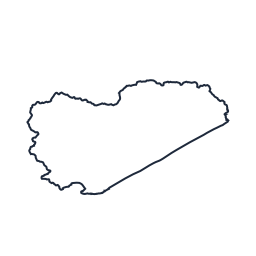 the district of Thai Mueang, Phangnga, Thailand, rotated 253°
{"feature_id": "78962969B58912985430788", "entity_name": "Thai Mueang", "entity_type": "district", "adm_level": 2, "iso_a3": "THA", "parent_name": "Thailand", "parent_adm1": "Phangnga", "projection": "natural_earth1", "projection_center": [98.313, 8.477], "detail": "fine", "context": "isolated", "style": "outline", "palette": "slate", "viewbox_px": 256, "rotation_deg": 253, "n_neighbors": 0, "source": "geoboundaries", "source_scale": "gbopen_adm2", "svg_char_len": 5731}
<svg xmlns="http://www.w3.org/2000/svg" viewBox="0 0 256 256"><g transform="rotate(253 128 128)"><path d="M133.7,27.0L131.4,27.5L131.4,28.1L130.4,30.2L129.9,30.7L128.8,31.3L128.3,31.5L126.6,31.1L123.4,31.5L123.1,31.8L122.7,32.7L122.3,33.3L121.6,33.9L121.3,34.6L121.1,35.2L120.8,35.6L120.1,36.6L119.5,36.8L116.9,37.1L115.1,38.4L114.6,38.6L112.7,38.4L112.1,38.5L111.0,39.4L110.3,40.8L109.9,41.2L109.5,41.2L109.1,40.9L108.7,40.2L108.5,39.1L108.2,38.6L107.5,37.9L107.5,37.5L107.7,37.0L107.4,35.2L107.6,34.5L107.5,34.2L106.9,33.5L107.0,31.7L106.7,31.3L106.1,30.9L105.2,30.7L104.6,30.8L104.5,31.0L104.3,31.9L103.3,34.6L102.6,35.2L102.2,37.0L102.0,37.4L101.3,37.5L99.9,37.2L99.5,37.3L98.7,37.9L97.6,38.9L97.7,40.0L97.4,40.4L96.6,40.9L96.0,41.0L95.4,41.6L94.3,42.2L94.0,43.1L94.2,43.8L94.0,44.2L93.6,44.4L92.9,44.8L92.3,44.8L92.0,45.1L90.4,44.9L89.5,45.2L88.7,45.7L88.5,46.0L88.4,46.5L88.6,47.9L89.4,48.0L89.7,49.1L89.7,51.6L89.5,52.9L89.2,54.0L89.4,54.5L89.9,54.8L90.1,55.2L90.4,57.3L91.2,57.5L91.4,57.6L91.6,58.2L91.5,59.2L90.7,62.9L89.7,65.5L88.0,67.2L86.8,67.8L82.4,69.3L80.9,66.4L81.0,66.3L81.1,65.9L80.9,64.7L80.6,64.5L79.7,64.3L78.9,65.0L78.1,66.1L77.5,67.5L77.3,70.1L76.8,70.8L76.3,72.2L76.3,72.8L75.8,73.2L76.0,73.6L75.9,73.9L75.6,74.1L75.7,74.4L75.3,74.8L74.5,76.9L74.5,77.5L74.2,78.2L74.3,79.0L74.2,79.1L74.0,79.8L74.1,80.3L73.9,81.2L73.7,81.6L73.5,83.6L73.6,83.8L73.4,84.1L73.4,84.6L73.7,84.9L73.7,85.3L73.9,85.6L74.1,86.5L74.5,86.8L74.2,86.9L74.2,87.3L74.7,88.3L74.9,89.5L75.4,90.9L75.3,91.1L75.5,91.3L75.4,91.5L75.4,92.0L75.8,92.0L76.0,92.2L76.0,92.4L76.3,92.6L76.7,94.3L80.6,110.7L82.3,119.5L83.3,127.2L86.0,137.6L86.9,142.0L87.3,144.5L87.6,148.4L87.8,149.6L88.5,152.5L91.4,162.3L92.8,167.9L96.3,183.1L99.3,198.3L100.3,202.3L101.8,209.9L102.3,213.4L103.0,217.5L103.1,219.4L103.7,221.0L104.9,225.2L105.1,225.4L105.5,225.4L105.9,226.1L106.2,225.9L106.7,225.3L106.8,224.9L106.9,225.0L106.9,225.4L107.1,225.5L107.2,225.4L107.1,225.1L107.4,224.8L107.6,225.1L108.4,224.6L108.9,224.7L109.5,224.5L110.3,224.9L111.0,224.8L111.2,225.0L111.7,225.0L112.3,224.6L112.5,224.7L112.5,224.8L112.7,224.5L113.0,224.4L113.1,224.5L113.1,225.2L113.6,225.6L113.6,225.9L113.8,226.4L113.9,227.7L114.2,227.8L114.6,228.5L115.0,228.7L116.0,228.7L116.3,228.2L116.5,228.2L116.9,228.5L117.4,228.4L117.9,228.8L120.7,229.1L121.3,228.8L122.2,227.7L122.7,227.4L123.6,227.4L124.5,227.9L126.2,226.8L126.8,226.2L126.9,225.5L126.7,224.4L127.2,223.6L128.1,223.2L128.6,222.7L129.3,222.4L130.4,222.3L130.8,221.8L131.3,221.4L132.0,220.7L132.5,220.2L133.5,219.7L134.3,219.6L135.5,218.6L136.7,218.1L137.9,217.8L139.3,216.7L139.6,216.8L140.5,217.7L141.6,218.2L142.3,217.9L143.9,217.9L144.9,217.3L145.8,216.5L145.9,214.5L146.8,213.7L146.9,213.1L146.5,211.8L146.5,211.2L147.1,210.1L147.2,209.6L146.5,208.7L145.9,207.6L146.6,206.7L147.2,206.2L148.2,206.7L149.5,207.0L150.6,206.8L151.3,206.5L151.6,206.2L152.2,205.5L152.4,205.1L152.6,202.1L154.1,199.4L154.3,198.3L155.0,197.7L155.2,197.3L155.1,194.2L153.8,192.4L153.7,191.3L154.0,190.9L155.3,190.8L156.0,190.4L157.4,188.3L157.8,187.6L157.8,186.6L158.3,185.6L158.8,183.9L159.3,182.6L159.8,182.0L159.6,180.5L159.8,180.2L160.4,180.0L160.7,179.3L160.6,178.0L160.8,176.7L160.7,175.6L160.2,175.1L158.7,174.5L158.5,174.0L158.6,173.4L158.9,172.7L159.2,172.4L160.8,171.8L161.6,171.0L161.7,170.7L161.7,169.9L162.5,168.4L164.1,168.0L164.9,167.2L165.8,166.5L166.2,165.9L167.0,163.9L167.3,162.7L167.4,161.3L167.9,160.0L167.9,159.6L167.4,158.9L167.4,157.9L168.0,156.2L168.2,154.6L168.5,154.1L169.0,153.7L169.1,153.4L169.3,151.4L169.1,150.0L168.4,149.6L166.9,148.3L167.3,147.5L167.5,146.1L167.6,144.2L167.4,143.1L168.1,142.1L168.3,141.6L168.4,140.1L168.7,139.0L168.0,138.4L168.0,137.7L167.4,136.9L167.0,135.5L165.9,134.1L165.7,132.6L165.4,131.5L164.1,129.6L163.8,129.8L163.5,129.9L163.0,129.8L162.0,129.5L159.8,129.4L158.3,129.0L157.6,128.5L156.5,126.9L155.3,125.7L154.8,125.1L154.2,123.6L154.3,122.2L154.0,120.7L155.0,119.4L155.7,118.9L155.8,116.6L155.9,116.1L156.5,114.8L157.0,114.3L157.3,113.5L158.2,112.9L158.2,111.6L159.1,110.5L158.9,109.3L158.8,104.6L158.9,104.1L159.3,103.5L159.5,102.7L159.8,102.4L160.8,102.2L161.2,101.9L161.8,100.7L163.6,99.7L163.9,98.3L164.5,97.6L164.7,97.0L165.2,97.2L166.1,96.9L166.8,96.4L167.3,96.2L167.5,95.8L167.4,95.3L167.7,94.8L167.5,93.2L167.7,92.3L168.1,91.9L169.8,91.3L170.4,90.8L170.6,89.8L170.5,88.8L171.1,87.9L171.3,86.4L171.7,86.0L173.0,85.8L173.3,85.5L173.4,85.0L173.1,84.0L173.1,83.6L174.0,82.3L174.7,81.5L175.2,81.2L175.8,80.7L177.6,79.8L177.8,78.6L178.0,78.2L179.6,76.3L181.3,74.9L181.2,73.4L180.4,72.2L180.4,71.8L180.5,71.6L181.1,71.2L181.4,70.8L181.8,70.7L182.4,70.3L182.6,69.8L182.6,69.3L182.3,68.7L181.3,67.2L180.4,66.3L178.8,64.1L177.6,62.7L176.9,62.6L176.6,62.5L176.0,60.9L176.2,59.9L176.1,58.7L176.7,58.0L177.0,57.5L176.8,56.4L176.6,54.4L176.8,53.9L177.4,53.4L177.1,52.4L177.1,51.8L177.6,50.7L177.9,50.5L178.8,50.3L179.0,50.1L179.3,49.4L179.4,49.0L179.2,48.3L178.0,46.8L177.6,46.0L177.6,45.0L177.9,44.1L177.8,43.6L177.1,42.8L176.1,42.6L175.8,42.4L175.5,41.8L175.4,40.9L173.9,40.4L172.7,39.6L171.5,39.0L170.7,39.2L168.7,39.9L168.1,39.8L167.1,38.9L166.5,37.9L165.8,37.5L165.4,36.7L164.8,36.1L164.6,35.3L163.7,34.8L163.5,34.5L163.2,33.7L162.7,33.5L162.1,33.8L161.1,33.9L160.5,34.4L159.0,34.1L158.1,34.1L156.5,34.6L155.0,34.7L154.4,35.0L153.2,36.3L151.9,37.5L151.2,37.9L150.6,38.8L150.7,39.6L150.4,40.2L149.8,40.5L148.5,40.6L148.1,40.3L147.4,38.8L145.9,36.7L146.2,35.9L146.3,35.6L146.0,33.8L145.1,33.1L144.8,33.1L144.1,33.4L143.2,33.3L142.8,33.6L142.1,34.8L141.8,35.1L141.5,35.2L141.0,35.1L139.9,34.2L139.4,33.2L138.5,33.0L138.6,31.7L138.2,30.8L138.4,30.1L138.3,29.5L137.1,28.5L136.4,28.3L135.8,27.4L135.3,27.0L134.8,26.9L133.7,27.0Z" fill="none" stroke="#1e293b" stroke-width="2"/></g></svg>